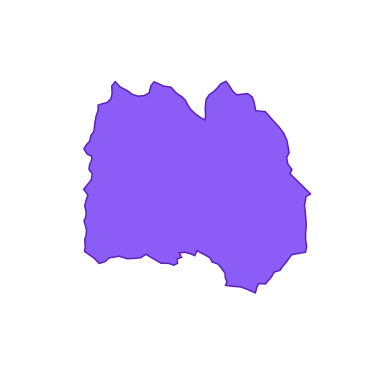 Quadra, São Paulo, Brazil, rotated 306°
{"feature_id": "56859067B31751698362757", "entity_name": "Quadra", "entity_type": "district", "adm_level": 2, "iso_a3": "BRA", "parent_name": "Brazil", "parent_adm1": "São Paulo", "projection": "equal_earth", "projection_center": [-48.041, -23.303], "detail": "fine", "context": "isolated", "style": "filled", "palette": "violet", "viewbox_px": 384, "rotation_deg": 306, "n_neighbors": 0, "source": "geoboundaries", "source_scale": "gbopen_adm2", "svg_char_len": 1786}
<svg xmlns="http://www.w3.org/2000/svg" viewBox="0 0 384 384"><g transform="rotate(306 192 192)"><path d="M236.2,65.0L230.5,64.8L225.0,69.3L219.8,71.7L214.2,70.6L211.1,67.8L207.1,65.0L202.6,68.2L197.6,69.6L192.0,72.2L183.4,77.0L178.2,77.0L173.2,79.3L168.3,78.8L163.3,79.2L161.0,85.1L162.0,89.6L159.1,92.0L153.9,93.1L149.8,95.3L148.1,100.6L142.7,103.3L137.3,103.1L130.5,102.8L128.3,109.6L123.2,111.1L117.6,113.4L113.8,117.9L110.2,120.4L105.2,121.6L99.2,129.1L94.3,131.9L90.6,133.1L84.5,138.1L80.7,139.9L80.9,146.4L80.9,152.1L79.6,158.8L84.5,162.6L90.0,163.7L97.3,170.9L99.8,178.6L105.0,185.1L108.6,189.1L114.5,191.4L115.3,199.9L116.2,208.9L120.5,215.0L122.0,220.2L125.7,222.2L129.4,219.4L133.0,222.0L135.3,217.4L139.0,221.7L141.0,226.7L142.2,231.7L147.4,230.5L148.5,237.9L149.4,245.0L147.2,249.5L149.0,255.4L147.4,261.5L145.7,266.5L142.2,269.3L139.9,273.0L136.2,274.0L138.8,278.9L143.8,287.2L145.5,293.0L147.6,302.5L153.0,300.5L157.1,299.8L160.7,305.4L170.0,306.2L175.3,305.5L180.4,309.2L184.7,309.1L190.3,309.5L196.3,309.4L200.0,309.7L204.3,313.7L210.0,319.2L215.3,316.8L220.1,312.0L225.6,308.0L231.6,304.5L234.7,302.0L237.9,299.3L242.3,295.5L247.3,290.9L255.3,287.0L260.1,289.0L264.4,260.5L268.9,259.7L270.9,253.2L275.4,248.4L281.0,247.4L289.5,238.5L293.4,231.7L295.7,224.2L297.0,218.0L298.3,211.7L300.1,204.0L297.7,200.0L295.2,195.9L301.6,188.9L304.2,185.0L304.4,179.2L296.9,171.1L297.5,165.6L299.5,160.9L301.6,154.4L296.2,151.6L291.1,151.4L285.7,150.4L280.5,148.7L274.9,149.1L267.2,153.7L262.2,157.8L257.9,160.2L257.2,155.1L257.1,149.8L257.9,142.9L259.6,138.1L262.4,132.4L263.1,127.9L262.8,121.6L264.4,113.4L261.0,106.8L259.0,96.6L254.0,96.3L246.9,99.0L241.8,96.6L237.8,92.0L235.9,86.1L236.0,80.0L234.7,72.2L236.2,65.0Z" fill="#8b5cf6" stroke="#5b21b6" stroke-width="1.5"/></g></svg>